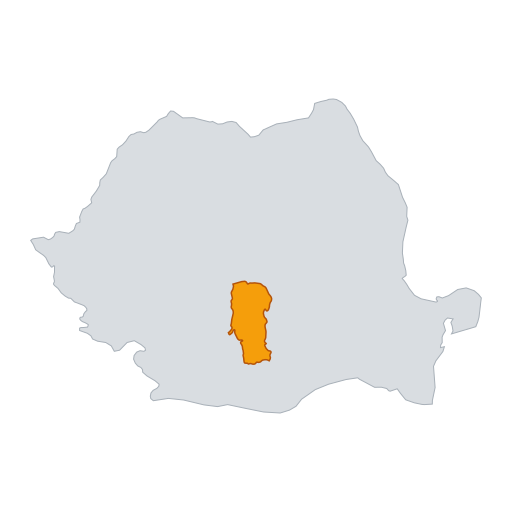 Arges on a map of Romania (orthographic projection)
{"feature_id": "ROU-302", "entity_name": "Arges", "entity_type": "County", "adm_level": 1, "iso_a3": "ROU", "parent_name": "Romania", "parent_adm1": "", "projection": "orthographic", "projection_center": [24.918, 44.995], "detail": "fine", "context": "in_parent", "style": "filled", "palette": "amber", "viewbox_px": 512, "rotation_deg": 0, "n_neighbors": 0, "source": "natural_earth", "source_scale": "10m", "svg_char_len": 5812}
<svg xmlns="http://www.w3.org/2000/svg" viewBox="0 0 512 512"><path d="M409.2,288.5L414.5,295.3L421.1,298.8L436.1,302.1L437.4,301.5L437.5,300.8L436.4,299.8L436.2,298.5L436.9,296.9L438.9,296.7L442.3,298.0L448.6,295.6L457.7,289.5L466.2,287.9L474.2,290.7L478.5,294.4L481.3,297.9L480.7,302.5L480.4,305.4L479.0,317.2L477.8,321.6L475.8,326.7L451.5,333.9L453.0,331.0L452.2,326.1L450.9,322.4L453.1,318.9L447.5,318.0L445.2,320.0L443.4,323.3L445.5,330.6L443.0,334.8L442.1,337.2L442.2,342.6L440.7,345.0L440.5,347.6L444.4,346.7L442.9,351.5L435.9,360.8L433.5,366.3L435.1,387.5L432.4,400.4L432.3,404.1L424.3,404.6L421.9,404.4L414.3,402.8L405.7,399.8L400.5,393.4L397.2,388.8L390.1,391.2L388.7,390.7L386.7,388.5L381.3,387.2L374.6,387.3L359.4,379.2L357.7,377.8L346.1,379.5L328.6,384.2L315.3,389.6L301.6,399.2L296.0,406.3L289.5,410.1L280.2,413.0L263.6,412.0L246.2,408.5L227.6,404.6L217.6,406.6L204.0,404.9L183.6,400.0L168.4,398.4L153.3,400.7L150.8,398.6L150.3,396.2L151.0,392.9L153.2,390.3L156.8,388.4L158.8,386.3L159.1,384.2L155.1,380.8L146.9,375.9L143.5,372.9L142.7,372.2L142.5,369.6L140.9,367.5L137.7,365.9L135.3,363.1L133.6,359.2L134.1,355.5L136.7,352.1L140.0,350.7L143.9,351.3L145.5,350.3L145.0,347.9L141.2,344.7L134.3,340.7L127.1,342.5L119.6,350.2L114.3,351.3L111.3,345.9L105.7,342.5L97.6,341.2L92.6,339.0L90.9,335.8L87.4,333.3L79.6,330.5L79.6,328.1L80.9,327.6L83.7,327.5L87.5,327.1L88.1,325.8L88.2,324.5L85.3,322.8L82.4,321.6L80.9,320.5L79.9,319.3L79.8,318.0L80.7,317.2L81.9,317.2L83.1,316.5L83.9,313.7L85.6,311.4L86.8,310.6L86.8,308.8L85.7,307.2L84.1,305.7L81.8,304.7L74.4,301.9L70.8,298.3L68.5,298.1L65.0,296.0L61.2,292.8L58.0,288.4L54.5,285.5L53.6,284.3L53.6,283.2L54.3,282.1L54.4,280.8L53.6,276.6L54.5,272.2L54.5,268.1L54.6,266.2L53.9,265.6L53.3,266.2L52.3,267.0L51.4,267.1L48.9,263.9L45.8,257.6L43.6,255.4L39.3,252.4L35.7,249.8L33.3,244.5L30.7,240.4L32.7,238.9L43.5,237.2L48.3,239.7L50.6,239.0L52.9,237.3L54.2,235.8L54.5,234.3L55.7,232.4L59.3,231.6L68.8,233.3L72.8,230.8L74.3,229.3L75.3,226.1L76.4,223.5L79.9,222.2L80.0,219.8L79.6,217.1L81.8,211.4L83.1,209.0L85.1,208.2L87.5,206.5L91.7,202.8L90.9,199.4L91.8,197.0L96.3,191.1L99.7,185.4L99.8,182.5L100.3,180.0L103.2,177.3L106.3,173.8L110.7,162.6L112.1,160.7L114.8,158.7L116.7,156.6L117.2,149.2L119.1,147.1L122.5,144.8L126.0,141.0L128.9,136.5L131.1,134.5L133.9,134.0L137.0,132.3L140.4,131.7L143.7,132.7L145.8,132.3L149.0,130.1L157.2,121.9L158.4,120.3L160.1,119.2L166.6,116.4L168.3,113.6L170.6,111.0L173.5,111.3L182.7,117.9L192.8,117.7L194.6,117.9L195.2,118.1L196.4,118.6L209.8,122.0L211.9,121.7L212.4,121.4L217.8,124.1L222.6,123.8L227.1,122.0L231.8,121.4L236.1,122.5L239.4,126.3L248.0,134.2L250.5,137.1L254.4,136.7L258.8,135.2L263.2,129.9L276.6,123.9L286.9,122.3L296.9,119.8L308.5,117.9L311.7,113.0L313.5,109.6L314.7,103.4L320.9,101.5L326.8,100.2L328.9,99.3L333.2,99.0L336.5,99.5L341.8,102.4L345.5,106.1L347.0,109.1L350.2,113.3L353.7,119.2L357.5,127.1L358.4,131.2L359.9,135.5L362.8,140.7L368.1,146.5L368.9,147.6L371.4,151.7L376.2,160.7L380.2,164.3L383.6,168.2L385.4,172.2L387.9,175.7L393.6,180.4L398.4,184.6L402.5,197.2L405.3,202.9L407.1,207.3L406.7,216.4L407.9,220.2L406.1,227.4L402.9,241.8L402.4,253.1L403.3,259.2L403.6,263.1L404.6,265.6L405.8,270.7L406.2,275.2L404.8,276.5L402.9,277.7L402.2,278.6L404.1,280.6L406.7,284.3L409.2,288.5Z" fill="#d9dde1" stroke="#a8b0b8" stroke-width="1"/><path d="M270.4,295.9L271.2,297.2L271.4,297.8L271.6,298.5L271.6,299.3L271.4,300.5L271.1,301.2L270.3,302.4L270.0,303.2L269.7,304.1L269.5,305.2L269.4,306.8L269.0,308.2L268.6,309.3L268.2,310.0L267.8,310.5L267.4,310.8L266.9,310.9L266.5,310.8L266.2,310.5L265.6,309.6L265.3,309.2L265.0,309.2L264.7,309.4L264.4,309.7L264.0,310.9L263.7,311.3L263.5,312.2L263.4,313.5L264.0,316.2L264.6,317.4L266.2,319.1L266.7,320.5L266.9,321.3L267.0,321.9L266.7,322.5L265.4,324.1L265.1,324.8L265.0,325.9L265.1,327.2L265.9,330.9L266.0,332.0L265.7,337.6L265.5,338.3L265.3,338.9L264.6,340.2L264.5,341.0L264.6,341.8L265.2,342.6L265.8,343.1L266.2,343.5L266.0,343.9L264.9,344.5L264.7,345.1L264.9,345.9L266.1,348.4L266.6,349.0L268.0,350.4L268.4,350.7L268.9,350.8L270.0,351.0L270.5,351.2L270.8,351.5L271.0,352.0L271.0,352.6L270.1,354.3L269.9,355.0L269.9,355.9L270.1,356.5L270.3,357.1L270.4,357.6L270.2,358.9L269.2,360.8L267.6,360.0L266.8,359.8L266.0,359.7L264.9,359.7L262.7,360.1L261.7,360.7L260.6,361.8L259.9,362.1L258.7,362.4L257.2,362.2L256.7,362.2L256.2,362.6L255.6,363.4L255.2,363.7L254.7,364.0L254.0,364.1L253.1,364.2L250.5,363.5L248.4,364.0L247.4,363.3L245.0,363.1L244.5,362.8L244.2,362.2L244.0,361.2L243.7,358.2L243.2,355.9L243.1,355.3L243.2,354.7L243.5,353.9L243.5,353.4L243.1,350.3L242.7,349.2L242.6,348.6L242.5,347.7L242.3,346.2L241.9,345.2L240.7,343.2L240.6,342.5L240.7,342.1L241.0,341.8L241.4,341.5L242.3,341.1L242.5,340.9L242.6,340.7L242.3,340.3L241.9,340.0L241.1,340.0L240.3,340.1L239.6,340.2L238.8,339.9L237.8,339.0L237.3,338.2L235.1,333.7L234.8,332.8L234.7,332.0L234.8,331.3L234.9,330.7L234.8,330.2L234.5,329.8L234.1,329.7L233.7,330.0L233.1,330.7L232.6,332.0L232.4,332.4L232.1,332.8L230.1,334.5L229.7,334.7L229.3,334.5L229.0,334.2L228.4,332.6L229.6,331.7L231.5,329.4L231.9,328.8L232.0,328.2L232.0,327.6L231.7,326.8L231.2,326.2L230.9,325.7L230.9,325.1L231.3,323.7L231.8,319.5L233.3,313.1L233.2,311.5L233.0,310.5L232.6,309.7L232.3,309.2L231.6,308.4L231.3,307.7L231.2,306.8L231.5,305.4L231.6,303.7L231.2,302.1L231.1,301.3L231.2,300.7L231.5,300.2L231.9,299.7L232.3,299.2L232.4,298.5L232.3,297.7L231.3,293.4L231.3,292.7L231.5,291.9L232.9,289.2L233.5,286.2L233.0,284.1L241.7,281.6L244.7,281.3L245.4,281.5L246.0,281.8L246.8,282.7L247.1,283.3L247.5,283.8L247.9,284.0L248.4,283.8L249.3,283.3L249.8,283.1L250.4,283.0L251.8,283.1L254.8,282.9L260.1,283.6L261.2,284.2L263.0,285.8L263.9,286.3L264.6,286.6L265.4,287.2L266.1,288.1L268.8,294.0L270.4,295.9Z" fill="#f59e0b" stroke="#b45309" stroke-width="1.5"/></svg>